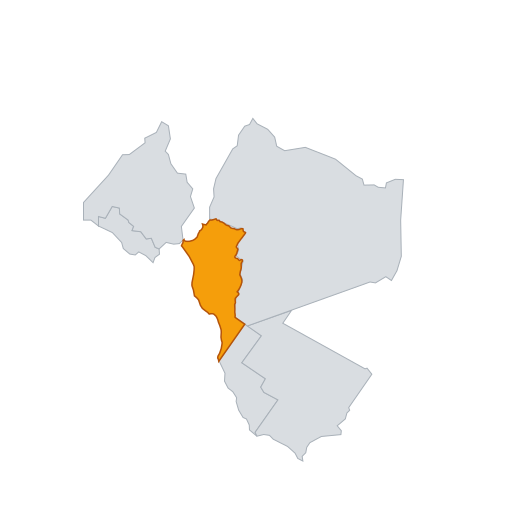 Morocco highlighted, Mercator projection, rotated 305°
{"feature_id": "MAR", "entity_name": "Morocco", "entity_type": "country or territory", "adm_level": 0, "iso_a3": "MAR", "parent_name": "Africa", "parent_adm1": "", "projection": "mercator", "projection_center": [-5.43, 31.798], "detail": "fine", "context": "with_neighbors", "style": "filled", "palette": "amber", "viewbox_px": 512, "rotation_deg": 305, "n_neighbors": 5, "source": "natural_earth", "source_scale": "50m", "svg_char_len": 4843}
<svg xmlns="http://www.w3.org/2000/svg" viewBox="0 0 512 512"><g transform="rotate(305 256 256)"><path d="M193.9,285.9L193.7,306.2L160.4,305.6L160.8,334.1L151.3,335.1L148.8,340.7L150.7,356.5L111.1,356.4L108.9,360.1L109.8,350.4L113.7,347.4L117.0,341.7L116.3,338.0L119.8,330.2L125.4,323.2L128.8,321.4L131.5,314.9L131.8,308.9L135.4,302.0L142.2,297.8L148.9,285.9L193.9,285.9Z" fill="#d9dde1" stroke="#a8b0b8" stroke-width="1"/><path d="M108.9,360.1L111.1,356.4L150.7,356.5L148.8,340.7L151.3,335.1L160.8,334.1L160.4,305.6L193.7,306.2L193.7,289.0L231.8,316.3L216.3,316.5L226.1,410.0L227.8,411.3L225.6,418.7L184.9,418.9L183.4,421.2L179.5,420.5L173.8,422.6L163.5,419.9L161.8,426.1L158.4,428.0L145.6,413.0L134.0,407.2L128.4,407.3L123.4,409.6L118.4,408.7L114.9,412.0L114.1,406.4L116.9,401.1L118.1,391.1L115.8,375.2L116.8,369.9L114.2,364.7L108.9,360.1Z" fill="#d9dde1" stroke="#a8b0b8" stroke-width="1"/><path d="M193.7,289.0L193.8,272.4L210.2,263.8L228.6,258.9L232.4,253.1L244.3,248.4L244.7,239.6L250.6,238.6L255.1,234.2L268.4,232.2L270.3,227.5L267.6,224.9L263.5,204.7L259.7,196.8L269.4,190.0L280.3,187.8L286.7,182.7L296.5,178.8L330.4,175.5L335.5,177.4L345.0,172.4L355.9,172.3L360.0,175.3L366.9,174.5L364.9,181.0L366.5,192.9L364.1,203.1L357.8,210.0L358.7,219.1L373.3,234.1L380.9,265.6L379.1,291.9L380.0,299.0L376.0,303.8L382.0,312.0L382.4,316.7L386.0,323.0L390.7,320.9L398.7,326.1L403.1,333.0L368.4,353.9L339.1,375.2L324.8,379.9L313.6,381.0L313.5,374.2L302.5,369.3L300.1,364.3L193.7,289.0Z" fill="#d9dde1" stroke="#a8b0b8" stroke-width="1"/><path d="M190.2,109.8L198.0,104.3L200.5,111.0L214.1,109.8L216.9,116.6L212.3,120.2L212.1,130.6L210.5,132.6L210.1,138.8L205.7,139.9L209.8,147.7L207.0,156.3L210.5,160.1L205.3,168.4L206.2,172.6L202.1,175.9L196.8,174.1L191.5,175.5L193.1,165.5L192.1,157.6L187.6,156.5L185.2,151.5L186.0,143.0L190.0,138.2L192.8,124.9L190.2,109.8Z" fill="#d9dde1" stroke="#a8b0b8" stroke-width="1"/><path d="M206.2,172.6L205.3,168.4L210.5,160.1L207.0,156.3L209.8,147.7L205.7,139.9L210.1,138.8L210.5,132.6L212.1,130.6L212.3,120.2L216.9,116.6L214.1,109.8L200.5,111.0L198.0,104.3L190.2,109.8L190.7,100.1L186.5,94.1L200.9,84.0L237.6,88.8L262.4,88.6L266.4,94.0L285.1,100.2L288.7,97.3L300.1,103.5L311.9,101.7L312.4,109.6L302.8,118.7L289.8,121.5L288.9,126.0L282.7,133.4L278.8,144.1L282.8,151.5L276.9,157.3L274.7,165.7L267.1,168.2L259.9,178.0L237.4,177.9L227.2,187.1L222.2,186.1L218.5,181.8L215.6,174.6L206.2,172.6Z" fill="#d9dde1" stroke="#a8b0b8" stroke-width="1"/><path d="M149.6,284.7L150.5,283.1L152.1,282.3L155.4,282.0L160.3,280.6L164.7,278.5L165.9,277.7L167.2,276.0L169.4,273.9L173.6,271.3L175.5,269.8L178.3,266.2L180.3,263.1L181.9,261.2L183.0,259.4L183.8,257.7L184.2,254.8L183.9,253.7L182.7,251.9L181.9,251.4L181.6,250.5L182.1,249.0L182.1,246.4L182.3,242.2L183.7,238.8L187.0,234.3L187.6,232.4L188.0,229.5L188.0,228.5L192.2,224.3L194.6,221.0L195.4,220.2L197.6,218.8L205.1,215.5L209.3,213.2L211.8,211.5L213.2,209.5L217.3,201.6L221.3,190.4L221.6,189.1L223.4,188.7L224.7,188.6L225.7,188.2L227.0,187.3L228.2,187.6L227.6,188.2L227.6,189.6L228.5,191.2L229.9,193.1L232.7,195.4L234.8,196.3L237.8,196.9L241.3,195.9L243.3,195.8L244.2,195.4L245.3,196.0L247.3,196.2L249.2,195.9L250.6,194.9L251.5,193.8L251.7,194.4L251.7,195.0L252.0,195.3L252.6,196.7L252.9,197.3L254.0,197.2L254.9,197.5L257.1,197.3L259.2,197.6L259.5,198.5L260.1,199.2L262.2,200.9L263.5,201.9L263.5,202.3L263.1,203.1L262.9,203.7L263.2,204.3L264.0,205.1L264.1,205.4L263.9,205.9L263.5,206.7L264.4,209.0L264.5,211.3L264.3,212.9L264.3,213.8L264.4,214.6L265.1,216.4L264.6,219.4L265.2,221.1L265.9,222.4L266.3,224.8L267.0,225.9L267.9,226.9L268.5,227.2L269.6,228.0L270.4,228.7L270.8,229.7L269.9,230.5L269.1,231.3L268.9,232.1L269.2,233.3L269.2,234.0L268.7,234.2L266.7,234.2L265.1,234.1L263.2,234.1L260.6,233.9L259.0,233.9L256.8,233.8L256.1,233.8L254.1,234.2L252.6,234.4L252.4,234.5L252.0,234.8L251.7,235.7L251.4,236.8L251.1,237.3L246.8,238.8L245.1,239.0L244.2,238.9L243.5,239.0L242.9,239.3L242.7,239.8L242.7,240.5L242.8,241.1L243.2,242.0L243.3,242.9L243.0,243.5L242.9,244.2L242.8,244.8L243.0,245.2L243.5,245.3L243.9,245.6L244.5,245.9L244.9,246.4L244.9,247.2L244.5,247.6L244.2,247.8L242.6,248.0L241.3,248.2L239.6,249.4L237.9,250.7L235.8,251.6L234.9,251.8L233.3,252.5L231.3,253.5L230.4,255.1L229.2,257.0L228.0,258.3L226.5,259.4L225.0,259.9L223.2,260.5L220.8,260.9L219.2,261.1L218.7,261.1L217.3,261.2L216.6,261.1L216.0,261.0L215.8,261.2L215.7,261.5L215.7,262.1L215.6,262.9L215.2,263.6L214.8,263.8L214.4,264.0L213.2,263.8L212.2,263.6L209.8,263.3L209.3,263.4L209.1,263.5L208.4,263.9L207.2,264.8L206.4,265.6L205.8,266.0L204.4,266.2L203.8,266.5L201.2,268.5L200.6,269.0L197.9,270.8L197.2,271.4L196.6,272.0L195.0,273.3L193.9,273.8L193.8,274.2L193.7,275.0L193.7,276.7L193.7,278.4L193.7,280.8L193.7,283.2L193.7,285.9L148.4,285.9L149.6,284.7Z" fill="#f59e0b" stroke="#b45309" stroke-width="1.5"/></g></svg>